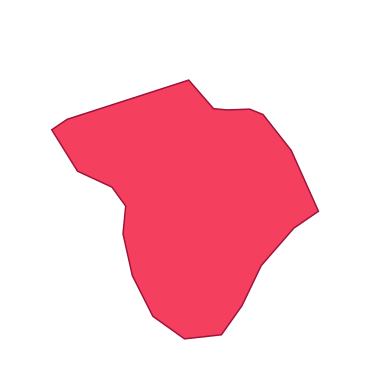 SVG path tracing the border of Beirut, rotated 234°
{"feature_id": "LBN-3024", "entity_name": "Beirut", "entity_type": "Province", "adm_level": 1, "iso_a3": "LBN", "parent_name": "Lebanon", "parent_adm1": "", "projection": "robinson", "projection_center": [35.507, 33.887], "detail": "fine", "context": "isolated", "style": "filled", "palette": "rose", "viewbox_px": 384, "rotation_deg": 234, "n_neighbors": 0, "source": "natural_earth", "source_scale": "10m", "svg_char_len": 416}
<svg xmlns="http://www.w3.org/2000/svg" viewBox="0 0 384 384"><g transform="rotate(234 192 192)"><path d="M102.1,283.0L102.9,253.1L91.8,204.8L70.6,165.5L59.2,131.9L77.6,99.6L114.4,87.3L159.4,94.6L198.7,111.6L219.6,130.1L243.0,130.1L276.1,111.6L324.8,115.1L324.2,133.7L284.5,255.1L246.8,258.4L237.8,268.6L225.1,287.4L212.9,295.0L167.3,296.7L102.1,283.0Z" fill="#f43f5e" stroke="#9f1239" stroke-width="1.5"/></g></svg>